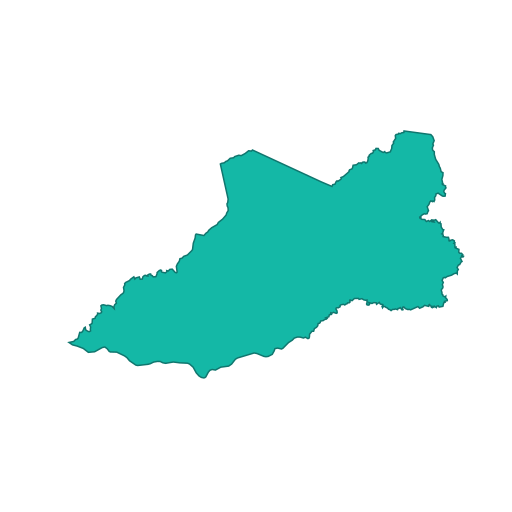 the district of Nova Crixás, Goiás, Brazil, rotated 253°
{"feature_id": "56859067B29339668387450", "entity_name": "Nova Crixás", "entity_type": "district", "adm_level": 2, "iso_a3": "BRA", "parent_name": "Brazil", "parent_adm1": "Goiás", "projection": "orthographic", "projection_center": [-50.603, -14.03], "detail": "fine", "context": "isolated", "style": "filled", "palette": "teal", "viewbox_px": 512, "rotation_deg": 253, "n_neighbors": 0, "source": "geoboundaries", "source_scale": "gbopen_adm2", "svg_char_len": 6125}
<svg xmlns="http://www.w3.org/2000/svg" viewBox="0 0 512 512"><g transform="rotate(253 256 256)"><path d="M163.7,277.4L163.9,279.5L161.8,281.5L161.9,282.6L162.9,283.4L165.6,284.4L167.7,287.6L167.2,289.1L169.5,290.6L170.1,293.0L171.2,294.6L173.3,295.7L173.1,296.8L173.5,297.8L174.9,298.8L174.6,301.6L175.3,303.2L175.0,304.5L175.5,305.7L176.5,304.8L176.6,307.9L178.3,308.9L178.1,310.9L179.1,310.5L179.9,311.0L179.1,312.1L179.5,313.6L177.7,316.0L177.9,317.0L179.9,317.4L181.9,316.9L182.8,317.5L182.9,318.4L182.4,319.4L182.9,321.6L184.1,321.9L184.5,323.1L184.2,325.6L183.2,326.6L183.7,327.8L183.7,329.1L184.4,329.8L184.0,331.5L184.6,332.6L185.6,332.4L186.5,333.1L185.2,334.8L186.6,337.7L185.5,341.6L184.4,341.9L184.2,344.8L182.4,346.4L181.6,348.0L181.4,349.3L178.7,348.4L177.8,347.7L176.8,347.9L176.2,349.0L176.2,350.0L176.8,350.6L178.4,350.4L176.7,353.0L177.0,355.0L176.1,357.3L174.6,357.2L175.6,360.3L173.7,360.8L172.5,363.1L171.5,363.0L171.1,361.8L169.6,361.9L170.3,362.6L170.0,364.6L168.9,365.2L167.8,366.5L166.3,367.2L165.5,368.4L164.3,369.2L165.0,371.0L164.5,372.6L164.6,373.8L163.3,375.7L164.3,376.5L164.1,377.6L164.5,378.8L161.7,379.9L161.7,380.9L163.3,380.8L164.1,381.3L164.1,382.4L162.0,383.5L160.3,385.7L160.3,386.8L159.3,388.1L160.3,396.1L158.2,397.2L158.6,400.8L159.5,402.8L157.4,406.3L158.5,406.8L158.8,407.8L157.3,408.1L156.7,409.1L155.6,408.8L155.0,409.7L155.9,410.5L155.1,411.1L155.9,411.8L153.9,413.4L155.1,414.2L155.1,415.8L153.6,416.2L153.2,420.0L156.3,421.8L156.5,423.3L157.5,423.0L157.4,425.9L158.6,426.1L160.6,425.1L162.1,425.7L161.7,424.7L163.3,423.1L164.4,423.3L165.4,422.7L166.9,423.2L168.7,423.1L169.6,423.5L171.0,425.4L172.3,425.9L174.1,425.8L176.0,427.4L178.2,426.8L180.3,428.6L180.5,429.8L179.8,430.5L180.5,432.8L180.5,437.5L181.2,440.2L181.1,442.6L180.0,443.2L182.9,444.2L183.9,445.5L186.2,444.9L188.3,447.0L188.2,448.2L190.3,450.4L190.5,451.4L193.9,450.8L194.6,451.5L195.2,452.2L194.5,453.6L195.1,454.4L196.3,453.1L196.8,454.1L198.5,453.3L199.1,451.6L200.3,451.0L203.0,452.0L205.0,449.5L206.0,449.9L206.0,448.8L209.6,449.7L210.2,449.0L210.6,450.1L211.5,449.7L212.5,450.1L214.0,448.8L214.2,447.1L213.7,445.7L214.2,445.0L215.0,445.4L217.6,445.5L218.3,443.4L219.9,440.6L220.9,441.1L222.0,441.0L222.8,440.2L223.1,441.3L224.1,441.6L226.2,443.2L226.7,442.3L229.6,441.6L232.8,442.3L233.4,441.7L234.4,441.9L233.9,441.1L234.2,440.3L238.2,438.5L238.1,437.0L238.8,435.4L236.5,436.2L237.4,434.2L238.9,433.9L238.2,432.2L239.5,431.3L239.2,429.0L241.5,428.1L242.6,425.2L243.4,424.6L244.5,424.9L244.3,423.9L245.3,423.9L246.8,427.2L247.2,429.4L246.6,430.2L246.4,432.0L248.3,433.4L248.8,434.2L253.1,434.1L254.8,436.5L256.7,437.9L257.6,439.3L256.4,440.6L256.9,441.3L256.0,442.1L257.3,443.3L259.8,443.9L261.0,445.5L262.7,446.3L262.9,448.5L258.8,451.8L258.2,453.1L258.0,454.4L260.3,455.4L260.7,454.8L262.7,454.4L263.9,455.1L265.6,457.6L266.6,457.4L267.6,457.8L269.8,455.3L270.3,456.0L271.0,455.4L271.7,455.9L274.9,456.1L278.2,458.2L281.0,459.2L282.5,457.7L286.1,457.9L287.9,457.5L290.2,457.6L296.0,456.1L300.9,456.2L303.6,457.0L305.5,455.9L307.8,456.2L310.1,458.1L311.4,457.8L314.2,460.1L318.4,459.9L321.0,458.7L332.3,434.1L330.9,433.5L331.2,431.2L330.8,429.8L331.6,428.4L331.0,427.9L331.2,425.4L330.4,424.4L327.6,423.9L324.9,420.6L323.7,420.7L321.9,418.3L319.1,417.2L316.3,414.8L316.4,410.9L317.4,409.7L318.2,409.6L317.8,407.9L321.0,404.7L323.1,404.3L323.8,402.2L322.6,401.2L322.6,398.9L321.4,398.9L320.2,397.5L320.4,396.2L319.2,393.6L318.3,393.5L317.7,392.0L316.7,391.9L314.4,390.8L312.8,389.3L312.8,388.0L314.0,387.6L314.4,386.5L314.5,385.2L313.6,384.1L314.4,383.5L314.4,382.6L315.0,381.5L313.9,378.8L314.4,375.4L312.1,374.1L311.2,373.1L311.1,370.8L310.5,370.0L309.6,369.8L308.6,367.8L306.4,362.7L306.2,360.2L305.5,360.4L304.5,359.5L303.5,356.1L304.2,355.5L303.8,354.5L301.6,352.5L301.8,350.2L300.3,349.0L307.7,340.2L358.4,283.6L357.7,282.3L358.8,279.7L357.2,275.6L356.3,271.2L357.4,269.0L357.3,264.7L356.5,263.3L357.0,259.9L355.3,256.5L355.3,255.0L354.4,252.8L354.7,250.2L354.4,248.8L318.6,246.0L315.4,244.6L314.4,243.5L312.2,243.1L310.5,243.4L307.6,242.7L305.7,240.6L303.9,239.4L301.0,234.8L299.1,229.8L297.4,228.1L296.0,221.9L294.4,218.3L293.1,216.9L292.4,214.7L290.8,212.2L294.5,205.2L293.8,204.3L290.9,203.0L286.6,199.8L281.0,197.3L280.1,196.5L277.0,190.7L276.8,186.8L275.5,184.5L275.7,182.5L273.4,181.1L271.5,178.6L269.4,176.8L263.8,175.9L263.2,175.1L263.9,173.9L267.9,172.1L268.4,169.7L267.3,167.7L268.1,166.4L267.2,166.3L266.3,164.5L268.0,161.3L269.1,160.9L269.8,161.4L270.5,160.7L270.4,159.3L269.1,156.6L267.9,156.2L265.5,154.2L266.1,151.6L267.6,151.0L268.1,150.1L269.6,150.0L269.9,148.7L269.4,146.6L268.5,146.7L268.9,145.6L270.0,144.4L269.9,143.4L269.2,141.8L267.2,140.5L267.6,138.4L270.1,138.3L270.2,134.7L269.4,133.4L271.8,133.1L270.5,129.3L269.5,127.8L268.8,123.6L268.0,122.3L266.7,122.1L264.7,120.1L261.6,119.7L260.2,119.0L259.3,118.1L258.4,115.4L255.2,109.9L253.8,108.7L251.7,108.7L250.7,106.6L249.1,105.3L247.2,105.0L249.9,103.6L251.2,101.9L252.2,99.9L252.2,98.7L253.9,96.0L254.2,94.3L253.7,93.1L251.0,92.9L249.6,91.8L247.7,92.1L247.0,91.4L246.7,89.8L247.7,87.8L246.7,87.6L245.4,86.0L245.0,84.8L243.5,83.9L243.5,81.1L239.8,79.7L239.2,78.9L238.8,76.8L236.4,77.1L234.5,76.2L232.7,75.9L232.4,74.4L233.2,73.1L235.2,71.5L237.8,71.9L237.5,70.7L235.1,68.7L233.9,66.9L234.5,65.1L229.6,62.0L228.8,60.9L228.9,59.1L227.6,56.7L228.0,51.9L224.7,54.5L222.1,58.7L218.1,63.8L212.9,67.5L211.6,73.7L213.4,82.2L213.2,84.8L210.8,86.6L207.7,87.7L206.8,88.7L204.8,94.7L199.0,101.0L196.5,102.9L192.8,104.4L186.8,109.2L185.9,110.8L184.0,121.0L183.9,123.3L184.5,127.1L184.0,131.0L183.1,133.6L181.1,135.7L179.8,138.2L178.8,145.9L176.1,151.9L173.5,159.2L172.1,160.9L168.0,163.4L161.7,164.7L158.0,166.4L155.9,168.2L154.7,170.4L154.6,171.4L155.0,172.6L158.9,176.5L160.2,178.6L160.3,180.9L158.8,183.9L160.0,189.8L158.7,197.7L159.8,201.1L163.3,206.1L163.9,208.5L163.8,225.9L162.4,228.5L157.7,234.2L156.8,236.0L156.4,238.3L157.2,242.8L160.0,245.7L161.9,247.0L161.6,249.8L159.6,253.2L159.9,254.8L163.7,261.8L164.9,266.1L166.3,268.6L166.4,272.0L165.5,274.6L163.7,277.4Z" fill="#14b8a6" stroke="#0f766e" stroke-width="1.5"/></g></svg>